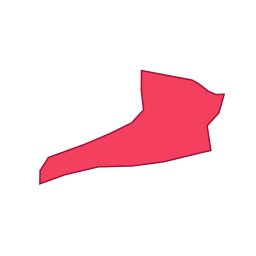 Castries, Robinson projection, rotated 70°
{"feature_id": "LCA-5077", "entity_name": "Castries", "entity_type": "Quarter", "adm_level": 1, "iso_a3": "LCA", "parent_name": "Saint Lucia", "parent_adm1": "", "projection": "robinson", "projection_center": [-60.977, 13.961], "detail": "fine", "context": "isolated", "style": "filled", "palette": "rose", "viewbox_px": 256, "rotation_deg": 70, "n_neighbors": 0, "source": "natural_earth", "source_scale": "10m", "svg_char_len": 444}
<svg xmlns="http://www.w3.org/2000/svg" viewBox="0 0 256 256"><g transform="rotate(70 128 128)"><path d="M78.6,95.7L105.0,51.3L110.7,46.4L121.3,39.7L126.7,33.8L129.2,26.1L144.8,37.4L153.0,52.9L177.4,57.8L176.1,68.4L172.0,105.7L165.2,136.7L154.3,169.4L150.3,203.5L150.3,229.9L138.0,225.2L128.5,212.8L128.5,189.5L128.5,174.0L127.1,147.6L124.4,122.8L116.3,107.2L97.2,102.6L78.6,95.7Z" fill="#f43f5e" stroke="#9f1239" stroke-width="1.5"/></g></svg>